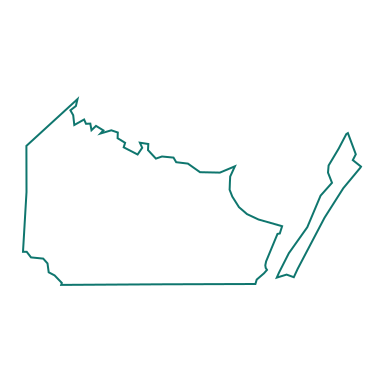 outline of Nueces, Texas, United States of America
{"feature_id": "52423323B60755765681698", "entity_name": "Nueces", "entity_type": "district", "adm_level": 2, "iso_a3": "USA", "parent_name": "United States of America", "parent_adm1": "Texas", "projection": "albers", "projection_center": [-97.486, 27.777], "detail": "fine", "context": "isolated", "style": "outline", "palette": "teal", "viewbox_px": 384, "rotation_deg": 0, "n_neighbors": 0, "source": "geoboundaries", "source_scale": "gbopen_adm2", "svg_char_len": 1101}
<svg xmlns="http://www.w3.org/2000/svg" viewBox="0 0 384 384"><path d="M23.0,251.8L26.7,251.8L31.0,257.4L43.2,258.6L47.5,263.4L48.7,272.3L54.6,275.4L61.8,282.9L61.2,284.9L162.0,284.3L255.4,284.0L256.7,279.6L264.0,273.3L267.0,269.9L265.7,267.9L265.3,265.3L266.1,261.4L277.5,233.9L279.8,233.5L282.1,226.2L258.5,219.5L247.0,214.1L239.0,207.2L232.3,196.6L229.6,189.7L229.7,187.9L229.9,182.2L230.2,176.5L234.9,166.3L219.9,172.6L200.0,172.2L187.9,163.6L176.2,162.2L173.5,157.6L162.0,156.5L155.9,158.6L148.0,150.1L148.3,144.0L139.9,142.7L142.2,147.8L137.6,154.5L123.7,147.3L125.1,142.8L117.6,138.2L117.8,132.5L111.3,130.3L100.5,133.5L103.4,130.4L96.0,125.9L91.5,130.2L90.3,123.6L86.0,123.8L84.1,119.5L74.3,125.0L73.2,115.2L70.4,110.3L75.9,106.0L77.5,99.1L26.4,145.9L26.5,192.1L23.0,251.8ZM347.9,133.1L346.3,134.1L338.7,148.6L328.6,165.5L328.0,172.6L332.0,182.8L320.6,195.6L307.3,227.2L289.2,252.7L289.0,252.9L279.0,272.6L276.8,277.6L286.6,274.6L293.8,277.2L297.7,268.8L324.6,217.6L343.3,188.2L360.5,167.5L361.0,166.6L352.8,160.1L355.8,154.3L347.9,133.1Z" fill="none" stroke="#0f766e" stroke-width="2"/></svg>